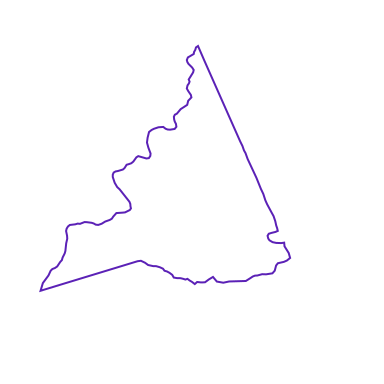 outline of Abel Figueiredo, Pará, Brazil, rotated 288°
{"feature_id": "56859067B3237118646317", "entity_name": "Abel Figueiredo", "entity_type": "district", "adm_level": 2, "iso_a3": "BRA", "parent_name": "Brazil", "parent_adm1": "Pará", "projection": "robinson", "projection_center": [-48.422, -4.963], "detail": "fine", "context": "isolated", "style": "outline", "palette": "violet", "viewbox_px": 384, "rotation_deg": 288, "n_neighbors": 0, "source": "geoboundaries", "source_scale": "gbopen_adm2", "svg_char_len": 2267}
<svg xmlns="http://www.w3.org/2000/svg" viewBox="0 0 384 384"><g transform="rotate(288 192 192)"><path d="M332.7,152.6L330.7,151.1L328.3,151.2L325.8,150.7L323.8,151.0L318.7,146.5L315.9,146.3L314.2,147.4L312.8,149.0L310.4,153.7L308.6,155.9L306.1,156.1L298.0,154.1L296.2,155.6L294.3,155.5L292.0,154.8L288.8,155.1L286.6,157.5L284.0,160.9L281.8,162.2L277.6,160.2L273.4,160.5L267.3,155.6L261.8,153.4L260.2,151.8L258.0,151.5L255.5,152.6L253.7,153.8L251.8,155.7L249.2,157.0L246.6,156.0L244.5,151.9L243.9,149.5L244.0,147.3L245.0,144.6L243.2,140.1L240.3,136.2L238.5,134.4L235.8,132.6L229.9,133.0L225.1,133.9L220.7,136.8L215.8,140.7L213.4,141.2L210.9,140.5L209.8,138.3L209.5,129.8L207.8,128.4L202.8,126.8L200.6,125.4L199.2,123.6L197.7,121.4L195.7,120.9L193.8,120.4L192.0,119.3L189.1,115.1L187.9,112.9L186.3,111.5L184.0,111.3L181.8,112.0L176.9,115.6L173.6,119.3L172.2,122.3L163.4,135.5L161.6,137.0L159.4,137.9L157.5,139.0L155.6,138.4L151.9,134.6L150.9,132.3L148.6,126.6L144.3,124.7L141.8,124.0L140.0,122.4L137.1,118.6L133.9,115.9L131.7,113.0L131.2,110.5L131.7,108.3L131.7,106.1L130.8,101.3L130.2,99.1L127.1,95.3L126.6,93.0L125.2,91.0L122.9,86.0L120.9,84.7L118.4,84.1L116.0,84.3L111.8,86.7L109.0,87.8L104.4,88.2L96.8,89.8L94.3,89.9L89.7,89.2L87.0,89.3L84.8,88.3L79.5,86.8L77.3,85.1L75.6,83.0L73.4,81.9L68.3,81.3L59.3,78.3L51.3,78.5L109.4,161.7L110.8,164.7L110.2,169.2L109.0,172.8L109.5,177.9L110.4,180.9L110.5,184.7L110.1,188.1L108.6,190.2L108.7,192.7L108.2,195.5L107.1,198.8L105.0,201.1L105.5,204.6L106.5,207.7L106.7,210.5L106.7,212.8L108.0,214.5L107.1,217.1L106.5,219.8L105.3,223.1L108.0,224.7L108.7,228.1L109.4,230.3L110.2,232.3L114.0,235.0L117.7,238.2L114.5,243.3L115.4,249.8L118.4,255.0L124.0,270.7L128.1,274.1L130.4,275.9L131.9,277.7L132.8,280.0L135.5,284.1L136.6,287.9L139.5,293.6L142.7,295.0L148.1,294.7L150.8,295.7L153.9,300.9L156.1,303.4L159.6,305.7L163.9,302.8L168.9,296.8L172.3,295.3L171.0,292.7L169.6,287.8L169.2,284.1L170.0,280.6L171.3,278.9L173.7,277.4L176.0,277.9L177.7,280.3L179.8,283.7L181.5,285.6L184.0,284.1L186.1,282.5L190.0,280.2L194.3,277.0L197.0,274.1L203.6,267.2L206.8,264.3L212.2,260.4L216.2,256.6L225.5,248.8L240.6,234.7L245.5,230.9L247.6,228.6L251.3,225.8L255.1,222.1L320.7,163.2L332.7,152.6Z" fill="none" stroke="#5b21b6" stroke-width="2"/></g></svg>